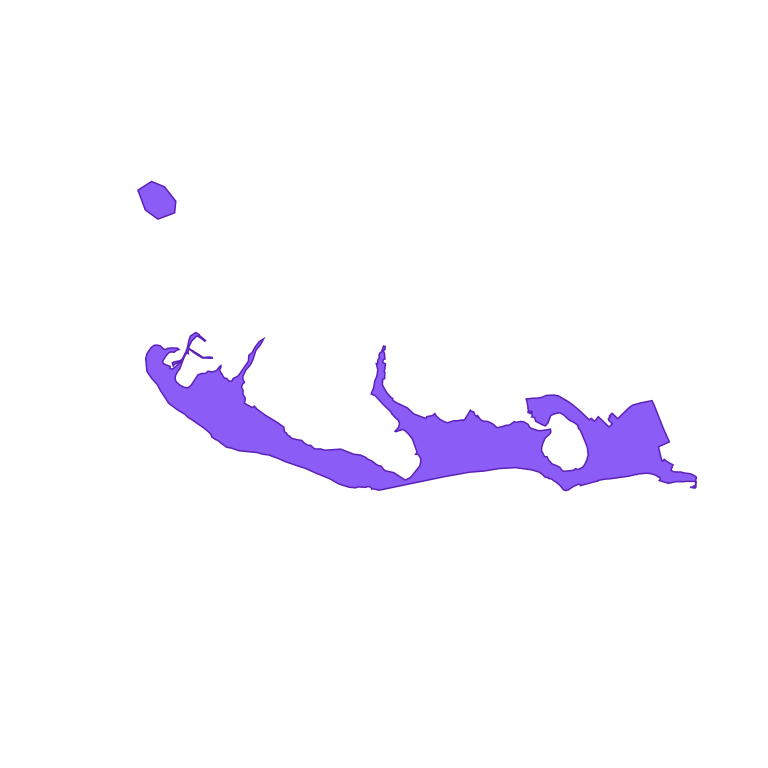 outline of Al Mina, Yemen, rotated 306°
{"feature_id": "15242507B27528285733897", "entity_name": "Al Mina", "entity_type": "district", "adm_level": 2, "iso_a3": "YEM", "parent_name": "Yemen", "parent_adm1": "", "projection": "natural_earth1", "projection_center": [42.92, 14.868], "detail": "fine", "context": "isolated", "style": "filled", "palette": "violet", "viewbox_px": 768, "rotation_deg": 306, "n_neighbors": 0, "source": "geoboundaries", "source_scale": "gbopen_adm2", "svg_char_len": 6168}
<svg xmlns="http://www.w3.org/2000/svg" viewBox="0 0 768 768"><g transform="rotate(306 384 384)"><path d="M504.9,648.9L512.3,636.0L524.8,616.4L528.1,610.6L519.5,602.7L513.2,597.7L509.6,596.3L493.3,593.5L494.3,586.6L494.2,585.6L490.5,585.2L490.3,586.4L487.8,585.9L486.7,587.2L485.9,592.2L481.5,591.4L483.5,576.6L480.7,576.4L480.6,576.7L477.6,576.3L478.1,571.9L475.7,571.1L477.4,558.5L478.1,548.5L478.1,543.8L476.9,532.0L475.2,528.4L470.3,522.1L466.1,519.6L462.7,516.4L459.3,512.0L455.4,507.8L454.2,509.5L450.2,513.8L448.7,514.9L446.9,517.1L448.2,518.8L448.8,520.8L445.8,516.9L445.5,517.5L446.5,518.7L446.0,519.6L447.1,521.0L444.8,522.9L444.2,522.9L444.9,523.7L445.1,525.9L443.0,528.5L444.0,535.8L444.9,539.2L449.1,539.5L456.6,537.4L460.1,539.5L464.1,543.1L464.6,547.5L464.0,551.8L463.7,555.2L464.6,560.8L464.5,564.8L462.3,567.6L462.0,569.9L455.6,580.5L452.1,585.9L446.6,590.9L441.1,592.9L437.5,593.6L434.0,593.8L429.1,591.5L428.0,588.6L425.6,588.0L419.3,581.2L418.8,579.2L419.1,577.4L419.9,575.6L419.4,571.7L418.1,566.7L419.6,561.0L421.0,558.6L419.6,556.6L422.7,550.6L425.4,548.8L428.3,547.7L434.7,546.2L441.1,547.5L443.1,547.3L445.3,545.2L439.0,539.0L436.9,536.1L434.5,528.6L435.0,526.2L436.0,524.5L435.6,519.3L434.1,516.6L430.3,513.1L430.3,511.6L425.4,509.9L423.3,508.7L423.0,507.6L417.9,503.8L417.1,502.8L416.1,502.2L415.3,501.3L415.1,500.2L415.7,496.0L415.2,492.1L414.4,489.4L412.7,486.7L412.0,484.7L412.0,482.7L413.5,478.1L413.2,477.9L412.1,478.5L412.3,476.0L414.2,472.9L413.7,471.9L413.7,471.1L413.2,470.6L413.6,469.3L402.6,470.2L402.3,469.9L401.0,469.8L401.1,468.5L397.5,465.0L395.1,461.9L390.0,458.2L389.0,455.5L388.3,449.8L388.9,444.8L390.0,442.6L386.7,441.6L382.8,437.8L380.7,438.1L377.3,425.6L378.4,417.0L376.3,405.4L375.9,401.1L377.4,399.5L377.3,397.4L378.6,391.5L380.1,387.8L382.6,383.0L387.1,380.2L388.6,381.4L394.0,377.9L394.4,376.5L396.4,376.0L401.3,373.2L400.8,371.7L400.8,370.1L403.3,369.1L404.8,370.1L409.1,366.3L409.7,365.0L410.6,363.7L412.3,364.6L415.1,362.9L414.5,361.3L408.2,363.1L407.3,362.4L405.0,362.7L403.5,363.7L402.7,364.8L400.0,364.9L396.4,366.8L395.9,365.8L391.8,370.7L386.1,373.6L380.8,374.8L375.3,377.7L368.4,379.4L368.8,381.6L369.4,383.5L367.0,395.2L365.5,405.7L364.5,407.6L363.3,413.5L363.1,417.0L361.1,419.8L359.0,420.7L356.8,421.3L352.2,420.7L352.3,421.5L358.1,425.8L358.6,428.1L358.0,433.2L356.1,439.4L348.4,450.7L345.7,450.9L347.3,453.3L346.2,455.2L345.2,457.6L342.7,459.5L338.7,461.1L325.6,460.5L323.1,460.1L321.5,459.0L319.7,458.3L318.7,457.3L318.0,443.9L314.7,436.5L314.6,434.4L315.9,429.7L315.0,428.2L314.4,425.4L314.6,419.6L313.6,414.5L313.9,412.4L312.7,406.7L309.4,400.8L305.9,387.3L295.8,375.2L294.1,370.7L290.8,366.2L290.8,364.1L291.3,360.9L289.6,358.2L289.3,354.4L290.0,350.6L287.9,346.5L285.8,341.3L286.3,338.1L286.0,335.7L287.0,334.0L286.9,331.6L290.2,328.4L290.2,320.5L289.0,306.3L289.0,296.2L289.9,292.1L288.2,291.6L287.5,291.0L286.4,282.4L289.7,280.9L291.3,279.6L291.9,278.4L292.8,275.8L296.1,273.7L297.6,270.6L300.9,269.6L303.2,270.3L304.7,267.2L307.1,265.4L314.2,264.0L320.4,264.7L326.2,263.8L336.0,260.6L342.5,261.0L349.8,260.1L344.9,258.1L337.8,258.0L331.9,258.8L327.7,257.8L322.7,260.9L308.1,261.3L304.3,261.1L299.8,258.7L297.7,259.3L296.2,258.3L295.2,256.8L295.8,255.0L296.0,253.1L295.0,251.7L295.5,249.4L296.7,247.4L297.8,244.1L298.5,243.1L299.5,242.6L301.5,242.4L303.0,241.2L301.8,240.8L296.5,240.6L293.3,238.4L291.8,236.1L291.3,234.7L290.5,233.8L289.0,233.8L287.4,233.2L285.4,230.3L282.1,228.1L269.6,228.7L265.9,227.8L263.9,224.4L263.1,219.6L263.7,214.4L265.5,211.9L268.3,210.4L274.7,209.6L275.7,210.0L286.9,206.9L291.2,206.1L293.5,206.5L293.8,206.8L293.7,207.7L294.8,206.7L296.5,205.9L297.6,205.7L297.7,207.6L297.6,211.8L298.3,221.7L303.9,229.9L304.5,229.2L303.2,226.9L299.3,222.2L299.0,221.1L299.0,217.3L298.5,211.8L298.6,209.7L298.2,208.6L298.2,205.6L299.0,204.5L299.7,204.2L306.1,203.2L313.0,204.4L313.5,209.2L313.3,213.9L314.3,214.1L314.8,205.7L315.4,205.4L315.0,201.4L308.9,199.2L304.7,200.5L298.3,203.4L294.0,204.7L286.2,206.1L284.6,205.9L282.6,205.0L278.4,201.1L276.6,200.3L274.7,203.0L276.6,202.8L283.3,206.5L282.0,206.6L272.9,204.6L271.1,203.2L270.8,201.7L272.6,200.7L271.2,195.8L270.9,193.3L272.4,191.5L278.7,191.1L282.9,191.5L285.0,193.1L286.0,195.0L286.8,195.8L289.4,196.4L291.5,197.9L291.5,195.6L287.4,189.8L285.3,187.7L283.4,187.0L282.9,185.7L282.9,183.9L283.4,180.6L281.9,177.1L279.9,175.2L276.7,174.2L269.3,174.4L264.4,176.3L254.8,184.9L252.0,192.7L250.1,201.5L247.2,207.1L241.8,221.5L241.7,232.4L242.5,240.6L241.8,245.3L242.2,249.0L242.5,265.2L242.0,271.6L241.2,274.1L239.9,275.8L240.1,280.7L240.7,282.8L240.3,286.7L240.4,294.1L242.3,297.9L244.8,305.9L254.2,322.1L255.8,327.0L258.9,332.6L260.1,337.3L261.6,342.1L263.0,349.2L267.6,364.3L269.4,369.4L272.2,382.8L275.4,395.5L276.6,406.4L279.9,416.3L283.3,422.1L285.3,423.3L288.9,428.7L289.3,429.6L291.6,431.2L292.6,433.3L292.4,435.0L291.7,435.8L293.0,437.0L293.8,439.2L294.6,440.7L294.9,442.2L344.6,487.4L362.8,504.9L372.4,516.1L383.2,526.8L393.4,539.2L401.4,554.0L404.0,561.6L403.8,566.4L403.3,569.3L404.9,571.8L404.3,572.5L405.7,575.7L405.5,578.3L405.8,580.5L405.4,586.0L403.9,591.4L404.7,593.9L405.6,594.2L406.4,595.3L412.1,597.3L417.2,600.2L417.6,600.7L417.7,601.7L417.3,602.7L429.5,612.5L430.8,613.9L431.5,613.7L434.1,616.0L437.0,618.8L440.2,622.6L452.9,635.8L457.3,639.7L458.8,640.5L459.0,641.4L459.6,642.1L460.5,642.4L466.6,649.3L468.8,653.7L469.8,657.0L470.3,662.5L469.6,663.4L468.5,663.6L467.9,663.4L467.9,662.7L467.6,663.3L470.3,670.9L470.8,671.6L470.9,672.0L470.6,672.3L477.3,678.3L477.8,679.4L479.5,681.4L480.3,682.9L483.4,686.4L488.2,693.2L487.7,693.9L484.9,695.7L484.9,695.4L483.0,694.8L483.4,694.5L481.9,694.1L480.3,692.3L480.5,693.0L481.4,694.0L481.7,695.3L482.6,696.7L483.1,697.0L484.2,696.9L485.1,696.1L488.3,694.1L488.9,693.1L489.9,692.4L491.5,692.1L492.3,691.2L492.4,689.8L491.8,685.9L491.3,684.2L488.8,679.8L487.3,675.9L484.0,671.3L482.9,669.0L483.1,666.8L488.5,665.3L487.9,662.1L487.6,658.2L487.8,655.0L485.8,654.8L485.0,654.3L487.6,651.0L494.5,643.0L504.9,648.9ZM409.5,108.1L414.5,90.5L411.2,76.9L396.2,71.0L384.5,88.6L384.5,104.2L399.5,114.0L409.5,108.1Z" fill="#8b5cf6" stroke="#5b21b6" stroke-width="1.5"/></g></svg>